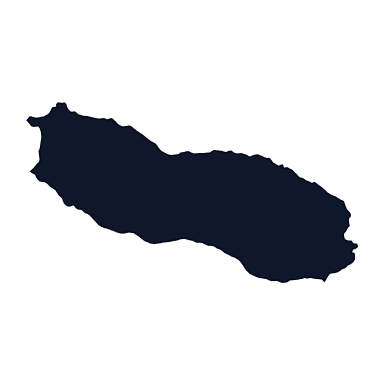 Grecia, Alajuela, Costa Rica (Albers equal-area conic projection), rotated 263°
{"feature_id": "36466004B60213245209904", "entity_name": "Grecia", "entity_type": "district", "adm_level": 2, "iso_a3": "CRI", "parent_name": "Costa Rica", "parent_adm1": "Alajuela", "projection": "albers", "projection_center": [-84.294, 10.09], "detail": "fine", "context": "isolated", "style": "filled", "palette": "ink", "viewbox_px": 384, "rotation_deg": 263, "n_neighbors": 0, "source": "geoboundaries", "source_scale": "gbopen_adm2", "svg_char_len": 5998}
<svg xmlns="http://www.w3.org/2000/svg" viewBox="0 0 384 384"><g transform="rotate(263 192 192)"><path d="M186.4,314.7L185.6,312.2L185.9,311.4L186.7,310.6L188.4,307.7L188.7,306.8L189.5,305.6L190.3,305.0L191.8,303.2L192.4,301.2L193.7,299.5L194.7,298.6L196.0,298.1L197.7,296.4L200.3,294.6L201.7,293.3L203.1,290.9L204.4,289.3L204.2,286.3L204.4,285.9L204.8,285.5L207.3,285.2L207.7,284.9L207.5,283.4L206.7,281.0L210.9,275.6L213.3,274.3L215.7,272.8L216.0,269.9L216.7,268.7L216.9,268.0L218.5,265.8L219.1,264.7L219.4,263.6L220.7,261.9L220.7,258.5L220.3,257.4L220.3,256.6L219.5,254.9L219.6,253.4L220.1,252.2L221.5,250.7L222.0,249.8L222.5,248.5L223.9,245.6L224.0,241.8L224.3,240.3L224.8,239.2L225.8,237.6L227.6,235.9L227.6,233.9L227.5,233.0L227.0,232.1L226.9,230.1L227.6,228.1L228.4,226.8L230.3,218.8L229.7,217.3L228.3,214.9L228.3,213.7L228.5,212.9L228.5,207.3L228.9,205.8L229.3,198.4L230.9,195.2L231.4,194.8L232.3,193.2L232.3,190.8L231.9,189.2L231.9,186.0L231.7,185.8L231.7,185.4L231.2,184.9L230.5,183.1L230.5,176.6L230.7,175.2L231.3,173.2L231.9,172.3L231.9,171.9L232.8,170.8L233.5,169.5L234.7,168.1L234.7,167.7L236.2,166.0L237.6,164.8L239.6,163.8L240.1,163.4L241.1,162.9L241.5,162.9L242.5,162.1L243.6,161.6L244.9,160.1L245.6,158.8L245.9,158.6L246.0,158.2L246.3,158.1L246.8,157.1L250.1,153.9L250.2,153.6L254.7,149.4L256.3,147.3L258.5,144.9L259.2,143.8L260.0,143.0L260.8,142.8L260.8,142.4L262.0,141.1L263.6,140.0L263.9,139.3L264.4,138.8L264.4,138.4L265.0,137.5L265.0,136.7L264.8,136.4L264.8,131.6L265.2,130.1L265.8,129.0L266.1,128.8L266.2,128.5L267.9,126.4L270.6,124.5L270.9,124.4L271.6,123.6L273.2,122.2L273.6,122.1L274.4,121.0L274.2,118.6L273.8,117.8L273.8,116.2L275.2,114.1L275.4,112.9L275.4,108.9L276.4,105.2L279.7,96.4L279.7,95.5L280.2,93.1L281.5,90.7L282.0,88.8L282.8,87.9L284.6,86.3L285.5,85.4L285.6,85.0L285.6,82.5L285.8,81.6L286.2,80.9L286.7,80.3L290.1,78.1L293.9,77.3L294.9,76.9L295.7,76.3L295.5,73.9L296.6,70.1L295.4,68.5L293.4,68.5L293.1,68.2L292.5,67.2L292.5,64.4L292.3,63.8L290.7,62.9L290.0,62.3L288.1,61.1L287.3,60.4L286.1,58.6L284.6,54.7L284.3,53.8L284.3,51.8L284.0,49.1L284.0,45.7L284.8,44.3L285.2,42.9L286.0,41.5L286.1,40.3L283.3,37.3L278.2,40.6L277.8,40.6L277.4,41.1L276.6,42.8L276.6,47.3L276.2,48.0L273.8,49.4L273.0,49.4L270.3,50.0L265.5,50.0L264.8,49.8L263.6,49.8L262.9,49.4L254.1,47.0L252.5,46.4L252.1,45.8L251.7,45.8L251.1,45.4L243.4,45.4L241.9,45.2L241.0,44.6L240.6,44.6L239.2,43.4L238.7,42.3L234.1,37.6L233.8,36.9L233.5,36.8L233.5,36.4L232.7,35.6L232.2,34.6L230.7,36.0L230.2,37.0L229.9,37.2L229.8,37.6L229.5,37.8L229.5,38.2L228.5,39.0L225.6,39.8L225.2,40.2L223.8,40.8L221.8,42.3L220.9,44.8L220.9,46.0L220.3,47.4L218.3,49.9L214.5,52.8L213.6,54.3L212.7,55.0L212.4,55.7L211.4,56.7L210.1,57.7L208.6,58.2L208.0,58.7L205.9,59.6L204.7,60.4L204.4,60.9L203.2,61.7L202.8,62.3L200.4,63.3L199.6,63.3L198.6,63.7L197.8,63.7L196.4,64.3L195.2,65.1L194.0,66.5L193.4,67.3L193.4,68.1L193.2,68.4L193.2,69.6L193.8,71.9L193.7,73.4L193.1,73.9L190.7,75.2L189.8,76.3L189.2,76.7L189.0,77.4L188.9,78.6L188.2,80.7L184.6,83.7L183.8,85.7L181.8,88.1L171.0,95.8L169.3,98.0L168.9,98.3L168.5,99.5L167.6,100.5L167.3,102.2L166.8,103.2L165.9,104.8L165.5,106.0L164.2,108.0L164.1,108.7L163.4,110.2L162.9,110.6L162.6,111.5L162.2,111.8L161.7,112.7L161.7,113.3L161.2,113.7L160.7,115.4L160.1,116.4L160.1,117.6L159.8,118.8L159.8,120.7L160.1,121.2L160.1,125.6L159.8,125.9L159.1,128.8L158.8,129.1L158.7,129.7L158.4,130.2L157.2,131.3L156.6,132.4L156.0,132.7L155.7,133.3L153.8,135.4L153.3,135.5L152.7,136.3L151.6,137.2L151.6,137.7L151.0,138.0L149.3,139.8L148.1,142.5L147.2,143.4L147.2,144.0L146.6,144.7L146.6,145.3L146.3,145.6L146.3,146.2L145.7,147.9L145.7,154.7L146.0,155.7L146.0,165.7L146.3,166.0L146.3,170.4L146.6,171.3L146.6,172.6L147.2,174.3L147.2,178.7L146.6,180.3L146.6,180.9L145.7,182.2L145.7,182.8L145.4,183.2L145.4,183.8L145.0,184.1L145.0,184.7L144.7,185.0L144.7,185.7L144.4,186.0L144.4,186.6L143.0,188.6L142.5,189.7L141.9,190.3L141.9,190.9L141.6,191.4L141.6,193.3L141.3,193.6L141.2,195.5L140.2,197.3L139.7,197.7L138.9,199.3L138.2,200.2L137.2,202.2L137.2,204.0L136.9,204.5L136.8,205.7L136.1,207.1L134.4,209.4L133.5,210.3L132.6,212.4L132.2,212.9L132.2,213.5L131.6,213.8L131.1,214.6L128.4,217.0L127.5,218.3L125.0,222.1L124.9,222.6L124.4,222.9L123.6,223.9L123.2,225.0L122.8,225.5L122.8,226.1L119.4,230.4L116.9,232.3L114.3,233.6L113.8,234.1L112.7,234.5L112.4,234.8L111.8,234.8L109.7,236.0L109.1,236.1L108.3,236.7L107.8,236.8L107.0,237.8L106.5,238.0L105.7,238.7L104.2,239.7L102.8,242.2L102.4,242.4L102.1,243.4L100.3,246.1L100.0,247.2L99.5,247.6L99.2,248.7L98.7,249.8L98.7,251.0L97.8,253.2L97.7,254.4L97.4,254.7L97.4,255.3L96.5,256.5L96.5,257.1L95.7,257.8L95.5,258.4L95.2,258.7L95.1,259.3L94.6,260.0L94.6,261.8L94.3,262.4L94.3,264.8L94.0,265.2L93.6,266.9L93.1,267.3L93.0,267.9L92.1,269.2L92.1,269.8L91.5,270.5L91.5,271.1L91.5,275.5L93.0,278.1L92.8,286.8L93.1,288.8L93.1,291.3L93.6,292.4L93.9,293.8L93.1,294.8L92.8,295.6L93.0,299.2L91.7,303.2L90.1,310.1L89.6,310.9L87.4,312.5L93.6,317.4L94.8,319.0L94.9,323.8L95.3,326.8L96.6,329.6L97.6,331.0L98.5,334.7L99.3,335.8L100.7,337.1L101.4,339.9L102.5,341.9L103.6,343.3L105.4,344.9L105.9,345.0L110.6,345.3L111.1,345.2L111.5,344.7L111.6,343.7L111.8,343.3L112.4,343.1L113.7,343.1L115.6,344.3L115.9,344.8L116.3,347.1L116.9,348.3L117.7,349.4L120.0,349.0L120.3,346.8L120.7,346.1L121.9,344.7L123.6,344.0L123.8,343.7L123.9,341.7L124.8,339.4L125.4,338.5L125.4,338.1L126.0,337.7L126.4,337.7L127.0,337.2L128.2,336.9L131.8,336.9L133.0,337.7L133.6,338.5L134.1,338.9L134.7,339.6L137.0,341.1L139.5,343.7L141.0,343.5L144.6,343.5L146.2,343.8L147.3,344.3L148.5,345.8L149.1,346.1L151.0,346.1L153.2,344.9L153.3,344.6L155.3,343.3L157.6,342.5L160.9,341.6L162.1,341.5L163.9,340.9L164.7,340.2L164.7,339.8L165.7,338.1L166.7,337.0L168.1,335.1L168.9,334.3L169.6,333.5L170.4,331.7L171.1,330.7L172.0,329.0L174.4,326.1L176.0,324.7L176.4,324.7L177.3,323.9L178.7,322.5L179.0,322.0L179.3,321.9L181.1,320.3L183.1,317.9L183.9,317.1L184.2,317.0L186.4,314.7Z" fill="#0f172a" stroke="#020617" stroke-width="1.5"/></g></svg>